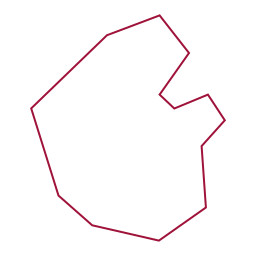 Termez city, Surkhandarya, Uzbekistan (orthographic projection)
{"feature_id": "79887680B32786671178541", "entity_name": "Termez city", "entity_type": "district", "adm_level": 2, "iso_a3": "UZB", "parent_name": "Uzbekistan", "parent_adm1": "Surkhandarya", "projection": "orthographic", "projection_center": [67.33, 37.241], "detail": "fine", "context": "isolated", "style": "outline", "palette": "rose", "viewbox_px": 256, "rotation_deg": 0, "n_neighbors": 0, "source": "geoboundaries", "source_scale": "gbopen_adm2", "svg_char_len": 286}
<svg xmlns="http://www.w3.org/2000/svg" viewBox="0 0 256 256"><path d="M159.6,94.6L189.0,53.0L159.6,15.4L107.0,35.2L31.2,108.4L58.5,195.6L92.2,225.3L158.9,240.6L205.9,207.5L201.6,146.1L224.8,120.3L207.9,94.6L174.3,108.5L159.6,94.6Z" fill="none" stroke="#9f1239" stroke-width="2"/></svg>